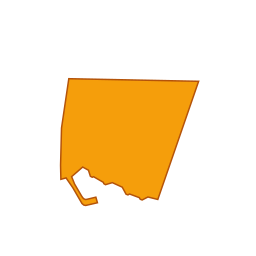 7, Ad Dawhah, Qatar (Natural Earth projection), rotated 143°
{"feature_id": "91078587B12539996095468", "entity_name": "7", "entity_type": "district", "adm_level": 2, "iso_a3": "QAT", "parent_name": "Qatar", "parent_adm1": "Ad Dawhah", "projection": "natural_earth1", "projection_center": [51.551, 25.287], "detail": "fine", "context": "isolated", "style": "filled", "palette": "amber", "viewbox_px": 256, "rotation_deg": 143, "n_neighbors": 0, "source": "geoboundaries", "source_scale": "gbopen_adm2", "svg_char_len": 603}
<svg xmlns="http://www.w3.org/2000/svg" viewBox="0 0 256 256"><g transform="rotate(143 128 128)"><path d="M43.5,122.8L145.6,203.0L181.1,168.0L204.3,138.8L212.5,127.4L207.5,125.4L208.0,113.7L210.2,95.4L209.7,93.1L208.4,91.6L197.4,86.7L195.3,92.1L203.8,95.8L205.1,96.6L205.9,98.1L206.1,99.6L206.0,101.6L204.4,115.4L202.3,123.1L187.7,124.1L185.0,118.1L187.1,112.1L186.2,110.2L184.8,109.8L180.4,99.5L180.8,98.1L180.1,96.3L173.4,93.8L168.2,84.2L169.4,76.3L168.3,74.6L166.5,74.4L160.9,65.6L161.1,63.7L160.0,62.0L153.6,60.9L147.2,53.0L43.5,122.8Z" fill="#f59e0b" stroke="#b45309" stroke-width="1.5"/></g></svg>